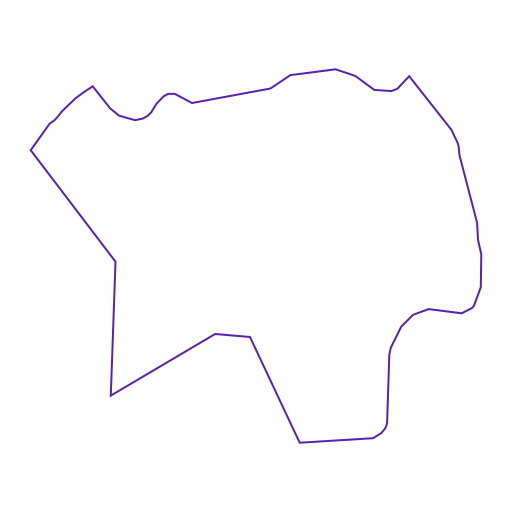 Sutton, Mercator projection
{"feature_id": "GBR-2076", "entity_name": "Sutton", "entity_type": "London Borough", "adm_level": 1, "iso_a3": "GBR", "parent_name": "United Kingdom", "parent_adm1": "", "projection": "mercator", "projection_center": [-0.168, 51.354], "detail": "fine", "context": "isolated", "style": "outline", "palette": "violet", "viewbox_px": 512, "rotation_deg": 0, "n_neighbors": 0, "source": "natural_earth", "source_scale": "10m", "svg_char_len": 752}
<svg xmlns="http://www.w3.org/2000/svg" viewBox="0 0 512 512"><path d="M335.5,69.3L355.2,75.9L374.3,89.9L391.4,91.1L397.4,88.7L409.2,76.2L451.4,129.8L457.9,143.5L458.6,146.3L459.5,155.3L477.1,222.8L478.0,239.8L481.3,254.5L480.8,287.2L473.9,305.9L471.7,308.2L461.6,313.3L428.7,309.1L413.1,314.8L401.2,326.7L390.8,347.7L389.3,355.0L387.1,422.7L386.2,426.2L385.0,428.7L381.5,432.9L373.1,438.2L299.7,442.7L250.0,337.0L215.1,334.0L110.8,395.6L115.5,261.7L30.7,150.2L49.7,123.6L54.2,120.5L56.6,118.0L62.3,111.0L75.4,98.4L82.2,93.3L92.7,86.3L110.2,108.4L119.1,115.7L135.1,120.2L142.9,118.5L147.4,116.0L151.2,112.4L156.3,104.0L163.5,96.4L168.0,93.9L174.9,93.9L192.0,103.0L270.5,88.5L290.4,75.1L335.5,69.3Z" fill="none" stroke="#5b21b6" stroke-width="2"/></svg>